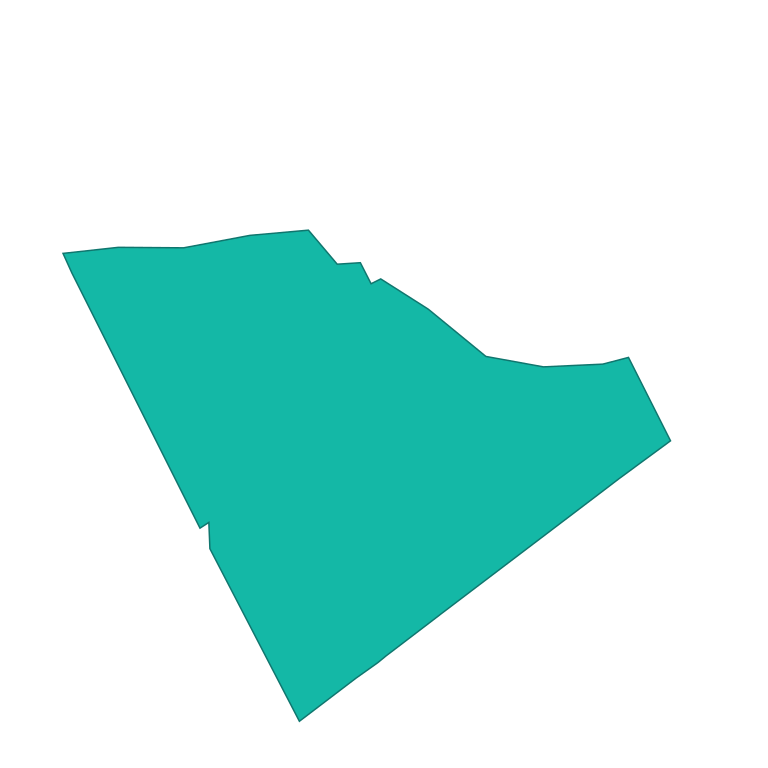 the district of Chattooga, Georgia, United States of America, rotated 243°
{"feature_id": "52423323B38567466550561", "entity_name": "Chattooga", "entity_type": "district", "adm_level": 2, "iso_a3": "USA", "parent_name": "United States of America", "parent_adm1": "Georgia", "projection": "mercator", "projection_center": [-85.362, 34.438], "detail": "fine", "context": "isolated", "style": "filled", "palette": "teal", "viewbox_px": 768, "rotation_deg": 243, "n_neighbors": 0, "source": "geoboundaries", "source_scale": "gbopen_adm2", "svg_char_len": 555}
<svg xmlns="http://www.w3.org/2000/svg" viewBox="0 0 768 768"><g transform="rotate(243 384 384)"><path d="M138.8,253.3L140.8,262.3L145.5,288.2L152.9,328.6L153.1,329.5L175.2,452.3L188.4,525.5L192.9,550.2L203.3,613.5L296.7,613.9L302.4,587.9L326.9,533.8L362.3,487.3L430.6,457.4L479.1,428.8L479.2,418.0L502.8,418.0L512.0,396.7L555.4,386.5L577.3,332.0L596.3,267.3L626.4,209.3L646.1,157.3L624.6,156.3L377.4,154.8L339.1,154.6L340.2,165.1L316.3,154.1L121.9,155.5L134.6,225.4L138.5,251.8L138.8,253.3Z" fill="#14b8a6" stroke="#0f766e" stroke-width="1.5"/></g></svg>